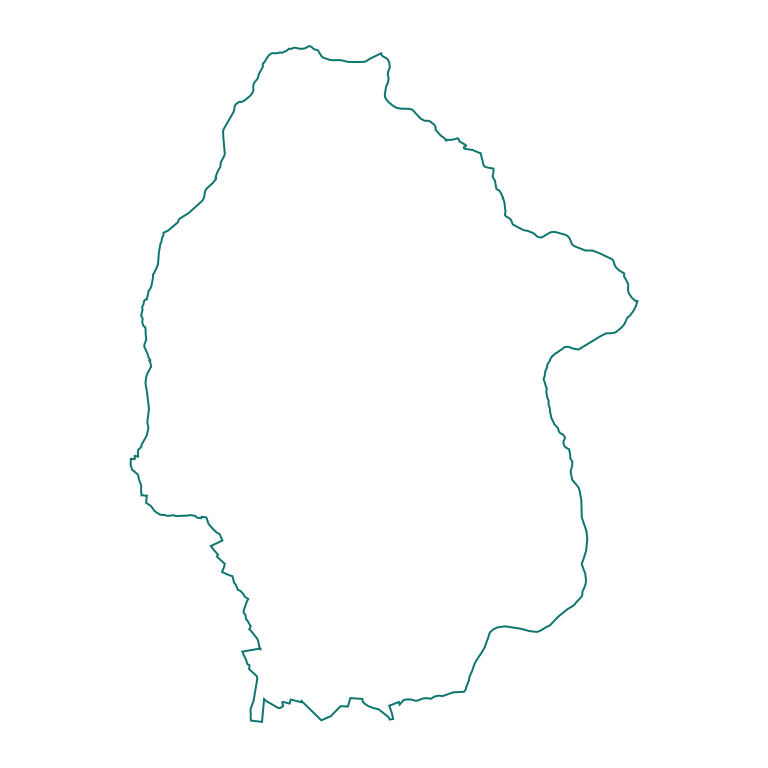 Auseu, Bihor, Romania
{"feature_id": "2599482B68618981696500", "entity_name": "Auseu", "entity_type": "district", "adm_level": 2, "iso_a3": "ROU", "parent_name": "Romania", "parent_adm1": "Bihor", "projection": "mercator", "projection_center": [22.51, 47.062], "detail": "fine", "context": "isolated", "style": "outline", "palette": "teal", "viewbox_px": 768, "rotation_deg": 0, "n_neighbors": 0, "source": "geoboundaries", "source_scale": "gbopen_adm2", "svg_char_len": 6060}
<svg xmlns="http://www.w3.org/2000/svg" viewBox="0 0 768 768"><path d="M529.8,631.2L537.3,631.9L540.7,630.5L546.1,627.2L549.8,625.5L558.3,616.6L567.3,609.3L573.9,605.3L575.9,602.7L581.1,597.2L582.1,595.6L582.6,591.2L584.3,587.6L585.7,583.5L586.0,580.7L585.3,573.8L582.0,565.1L581.8,563.4L583.1,560.3L586.1,550.8L587.3,538.9L586.5,531.4L581.8,517.4L581.3,500.3L579.9,492.3L579.1,488.9L578.5,487.5L577.4,486.0L572.2,479.8L570.6,471.7L572.2,465.5L572.3,461.5L570.3,458.4L570.1,454.0L569.1,449.4L566.2,447.7L564.2,445.8L563.4,443.1L563.7,440.9L564.7,438.8L564.9,437.5L564.1,435.8L563.0,434.6L560.1,433.1L558.8,431.1L558.4,429.4L557.6,427.6L554.6,424.7L551.2,417.5L550.9,415.3L550.2,412.7L549.8,408.0L548.6,404.9L548.6,400.5L547.3,397.7L546.3,392.0L546.8,388.4L545.8,386.4L545.1,383.5L543.7,379.4L543.7,378.2L544.8,376.1L544.8,373.9L545.6,370.3L546.5,368.9L547.6,364.1L549.6,361.2L550.7,358.4L552.6,355.8L553.6,355.2L555.5,353.3L557.2,352.6L558.8,351.2L561.1,349.9L564.3,347.3L566.7,346.8L568.7,346.8L572.6,348.5L578.6,349.5L600.1,336.4L606.2,333.3L609.9,333.3L614.2,332.8L616.5,331.7L621.7,327.4L624.3,324.3L627.4,317.6L630.1,315.5L633.7,310.5L636.1,305.6L637.4,301.0L635.9,301.1L634.1,299.7L631.6,297.5L629.4,294.2L628.5,292.6L628.0,289.8L628.2,284.8L627.9,283.5L625.9,279.5L624.5,277.5L624.0,275.8L624.3,273.5L619.6,270.7L616.5,267.9L615.0,265.9L613.4,261.0L612.5,259.6L611.6,259.0L598.4,252.8L592.5,250.5L585.4,250.5L574.4,246.2L572.4,244.7L571.4,242.9L570.1,239.3L568.4,236.8L566.3,235.2L565.1,234.7L555.3,232.0L552.2,231.9L549.7,232.7L542.9,236.8L541.5,237.4L539.8,237.4L537.3,236.6L534.3,233.9L532.8,232.9L527.8,230.9L523.7,230.2L513.2,224.7L512.7,224.2L511.0,219.9L509.5,218.4L506.1,216.4L505.0,215.1L505.0,214.2L505.5,211.6L504.9,207.4L504.6,203.3L503.7,199.9L502.6,198.1L503.0,197.5L500.5,192.3L499.1,190.4L496.5,189.1L494.8,180.4L492.6,176.8L493.6,170.9L493.4,168.6L487.8,167.6L484.7,166.6L483.5,165.0L482.6,161.0L481.7,157.8L481.1,154.8L480.6,153.2L479.2,152.8L472.9,150.1L464.7,148.7L464.0,148.3L464.0,147.1L466.0,145.9L465.6,145.0L459.3,141.3L459.0,139.7L457.6,138.2L453.0,139.6L449.7,139.9L447.7,139.8L446.2,140.7L445.4,139.2L444.2,138.0L440.9,135.7L435.6,129.8L435.7,127.8L435.2,126.2L433.7,124.2L429.2,120.9L424.6,120.7L420.7,118.7L415.7,113.4L413.5,110.8L411.8,109.5L408.9,108.8L401.8,108.7L397.5,108.1L394.0,106.5L388.8,102.4L386.5,99.7L385.1,97.3L384.8,94.4L386.1,86.8L388.0,82.2L388.6,78.5L388.5,77.3L387.8,75.2L388.1,71.8L388.6,70.2L389.7,68.3L389.7,66.2L389.2,62.4L387.6,59.1L385.9,57.9L383.6,56.8L382.0,55.6L381.5,55.0L381.1,53.3L369.6,58.9L367.0,60.7L364.5,61.8L356.9,62.1L348.2,61.9L340.5,60.1L332.2,60.2L330.2,60.0L323.3,57.7L321.6,56.3L319.1,52.4L318.3,50.8L317.7,50.2L313.8,49.1L312.3,47.6L310.3,46.3L309.5,46.1L308.8,46.1L306.7,47.6L303.8,48.6L299.8,48.8L296.0,47.9L294.2,47.7L290.9,48.9L289.1,48.7L286.7,50.7L282.2,52.7L281.5,52.8L280.5,52.4L276.4,53.3L272.4,53.2L271.2,53.4L268.6,55.6L266.5,58.6L264.4,62.4L263.4,62.9L262.9,63.9L262.7,65.1L263.0,66.4L258.9,74.1L257.9,77.9L256.8,79.6L253.9,83.2L253.1,86.6L253.4,88.7L253.3,90.5L252.4,92.9L250.4,95.6L244.9,100.2L241.6,102.0L239.2,101.8L235.7,104.3L234.8,106.1L233.8,111.5L223.9,128.8L223.1,130.9L223.3,137.2L224.8,153.9L224.2,155.9L220.9,162.2L220.3,166.9L217.7,171.4L215.9,176.2L216.0,178.4L215.6,178.2L215.4,179.7L212.5,183.3L206.7,188.5L205.5,190.3L204.7,193.1L204.5,195.4L204.1,197.3L203.0,199.7L201.8,201.2L188.7,213.0L179.8,218.6L178.8,219.7L177.9,222.3L167.8,230.8L163.5,232.7L163.4,235.4L162.0,238.0L161.4,241.8L160.4,243.9L158.9,252.5L158.0,264.3L155.9,269.5L154.5,271.8L154.4,273.1L153.4,273.9L152.9,275.0L153.1,277.3L151.4,285.9L150.4,288.4L148.6,290.9L146.8,299.5L145.3,299.7L144.3,300.4L143.4,304.5L142.0,307.4L142.6,309.6L141.1,315.6L142.7,318.5L142.3,321.4L142.5,323.2L143.3,325.7L145.2,327.2L145.6,329.5L145.6,332.7L146.2,339.6L146.0,340.5L144.6,343.7L144.2,346.4L147.4,353.6L148.8,358.1L150.3,360.0L149.3,360.8L150.3,362.3L151.1,366.6L146.9,374.6L146.0,378.7L145.5,382.5L145.7,384.9L146.9,391.5L149.0,408.8L147.3,422.0L148.4,427.8L146.7,435.6L141.6,444.7L141.2,447.2L138.2,449.7L137.9,452.2L138.0,456.6L134.8,455.9L134.7,459.1L130.9,458.8L130.6,464.9L131.9,468.9L132.3,469.8L137.5,474.2L138.3,475.6L138.8,478.9L141.2,485.5L141.1,491.2L141.5,495.4L142.7,495.2L145.2,495.7L146.8,495.6L146.1,502.8L150.5,505.7L151.6,506.9L154.3,510.7L155.7,511.9L159.9,514.5L162.3,515.0L164.3,514.9L167.0,515.8L168.2,515.9L173.9,515.2L175.2,515.9L177.0,516.2L178.3,515.9L186.6,515.7L190.1,515.1L195.1,515.9L197.4,517.8L201.3,518.2L201.6,516.8L206.3,517.4L208.6,524.0L213.5,529.6L217.0,532.8L219.5,533.9L222.4,540.5L210.8,546.0L214.0,550.1L218.0,554.7L216.9,556.5L219.2,558.8L224.8,563.8L224.1,566.8L222.0,572.0L229.4,575.3L232.4,576.1L234.2,582.9L235.8,584.7L237.9,589.9L240.0,590.7L241.2,591.6L243.2,594.0L244.8,596.7L248.2,598.9L246.8,601.7L244.1,609.2L243.5,612.1L243.9,613.1L245.3,614.7L246.1,619.1L248.0,621.5L248.8,623.2L250.3,625.4L250.6,626.5L249.3,629.3L251.1,631.0L257.2,638.7L258.0,640.4L258.5,642.5L259.2,646.4L260.0,648.4L260.5,648.6L260.6,649.2L258.6,648.8L242.4,651.6L243.0,653.5L246.0,659.6L247.4,664.2L249.3,665.0L249.5,666.3L249.0,669.0L256.8,676.2L257.3,678.6L253.6,700.7L250.5,709.4L250.8,714.9L250.6,717.6L251.0,720.6L262.0,721.9L264.1,699.1L266.3,701.1L278.7,708.2L280.3,708.0L283.0,706.2L283.0,705.1L282.2,702.7L282.9,701.9L289.7,703.5L290.7,699.6L301.5,702.2L301.7,701.1L321.3,720.3L330.8,716.2L340.5,706.2L347.9,706.5L350.4,698.1L362.3,698.9L362.8,701.8L365.1,704.0L368.4,706.1L373.1,708.0L378.6,709.3L388.2,716.8L389.8,719.5L393.1,719.0L392.1,714.0L389.3,705.7L398.9,702.0L399.6,704.6L403.9,699.8L407.4,699.4L411.2,699.5L415.4,700.8L416.9,700.7L418.9,700.1L423.1,698.4L427.4,698.2L430.8,698.8L434.9,696.4L439.2,695.6L442.3,696.2L453.3,692.3L463.9,691.8L465.6,689.8L466.4,686.6L467.7,683.9L468.1,682.1L468.8,681.0L469.5,676.8L472.2,670.7L473.8,665.8L474.9,663.2L476.7,659.9L482.0,652.0L485.0,646.7L487.2,640.1L488.0,638.3L489.6,633.1L490.4,632.0L493.4,629.3L497.6,627.4L505.0,626.3L521.6,628.9L529.8,631.2Z" fill="none" stroke="#0f766e" stroke-width="2"/></svg>